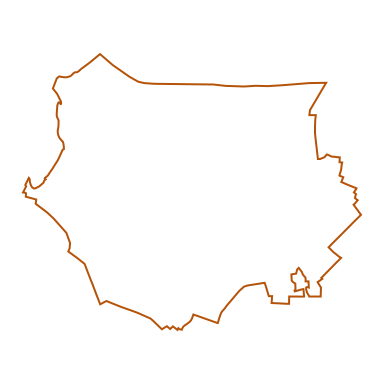 outline of Bac Tu Liem, Ha Noi, Vietnam
{"feature_id": "81297802B3906213091507", "entity_name": "Bac Tu Liem", "entity_type": "district", "adm_level": 2, "iso_a3": "VNM", "parent_name": "Vietnam", "parent_adm1": "Ha Noi", "projection": "mercator", "projection_center": [105.766, 21.071], "detail": "fine", "context": "isolated", "style": "outline", "palette": "amber", "viewbox_px": 384, "rotation_deg": 0, "n_neighbors": 0, "source": "geoboundaries", "source_scale": "gbopen_adm2", "svg_char_len": 3526}
<svg xmlns="http://www.w3.org/2000/svg" viewBox="0 0 384 384"><path d="M326.1,82.8L325.8,82.8L309.0,83.1L299.0,83.9L282.8,85.2L268.3,86.1L267.1,86.1L255.8,85.8L243.8,86.5L235.5,86.2L225.8,85.9L213.3,84.5L154.6,83.8L153.9,83.8L144.4,83.1L138.5,81.8L135.0,79.9L129.4,76.7L112.9,65.2L100.0,54.1L88.7,63.4L81.3,68.8L78.6,71.3L77.0,72.2L74.7,72.4L73.6,73.1L71.4,75.4L70.3,76.2L67.1,77.2L64.7,77.3L62.1,77.0L59.2,76.4L56.8,78.4L52.9,88.5L54.2,90.2L57.1,93.8L61.0,101.7L61.1,103.6L60.9,104.0L60.6,104.0L60.4,103.7L59.5,102.5L58.6,102.4L58.2,103.1L57.7,104.3L57.3,105.6L57.1,108.7L56.8,112.8L56.7,114.9L56.8,116.3L57.3,117.6L58.6,120.5L58.5,125.5L58.3,127.4L57.7,130.5L57.8,133.1L58.4,135.5L59.6,138.1L61.9,140.8L62.9,141.8L63.0,142.1L63.4,143.6L63.8,146.6L63.9,149.1L62.6,149.8L59.6,156.5L57.7,160.4L52.0,169.4L49.5,173.0L47.8,175.6L44.8,178.2L45.7,179.4L44.5,180.2L43.5,182.7L39.2,186.4L35.0,188.5L33.5,188.3L32.2,187.4L30.9,185.3L29.9,182.1L29.7,179.6L29.5,178.7L28.8,177.9L25.3,185.0L26.2,186.2L24.2,190.2L23.0,192.5L25.7,192.9L26.0,194.1L25.8,196.7L36.2,199.5L35.7,203.8L46.0,211.6L47.5,212.8L53.9,218.8L58.5,224.0L66.4,232.9L70.1,243.2L69.9,245.0L69.6,248.4L68.3,251.5L70.9,253.4L77.2,258.0L84.5,263.8L84.8,264.4L87.8,272.3L90.1,278.2L90.9,280.3L92.2,283.4L94.1,288.5L95.1,291.1L96.1,293.8L100.2,304.3L106.4,301.0L111.8,303.2L116.3,305.0L121.8,307.2L122.0,307.2L132.3,310.9L137.8,312.9L150.4,318.5L152.6,320.3L161.9,329.3L166.9,326.2L170.2,329.0L172.9,326.4L177.5,329.9L178.4,328.2L179.6,329.2L181.8,329.7L182.0,329.0L182.5,328.0L183.3,326.7L184.6,325.5L187.5,323.5L189.4,322.1L190.9,320.5L192.1,318.2L193.4,314.5L217.7,323.1L217.9,322.7L218.1,322.1L218.9,319.3L220.0,315.9L221.0,313.2L221.6,312.1L222.8,310.6L224.7,308.5L225.6,307.3L225.9,306.8L226.2,306.3L237.4,293.1L239.3,290.9L243.4,287.2L243.5,287.1L244.2,286.6L247.5,285.5L264.6,282.8L265.7,285.8L268.8,296.1L269.4,296.1L269.9,296.1L272.1,296.1L272.0,297.5L271.6,303.0L285.3,303.7L286.9,303.8L289.1,303.8L289.1,302.9L289.1,301.9L289.1,300.9L289.1,299.9L289.2,296.5L302.7,296.6L302.9,296.6L303.9,296.5L304.1,296.5L304.1,295.8L303.8,293.4L303.7,292.2L303.6,291.2L303.6,290.7L303.5,290.3L303.5,289.9L303.5,289.7L303.4,289.1L302.3,289.3L300.2,289.8L299.8,289.9L297.3,290.7L295.7,291.1L294.9,291.4L294.5,290.5L295.5,289.8L295.3,283.6L293.0,282.1L291.7,280.5L291.4,274.4L296.1,273.6L297.2,269.4L298.7,267.9L301.9,272.0L302.8,274.5L305.0,277.1L305.5,277.7L305.5,277.9L305.6,278.9L305.6,281.4L308.5,281.4L308.8,287.5L308.1,287.2L307.0,287.1L306.1,287.6L306.2,289.6L307.0,292.5L308.1,294.3L309.3,296.5L309.5,296.5L313.3,296.5L315.6,296.5L317.9,296.5L320.7,296.5L320.7,295.7L320.8,293.0L320.8,292.4L320.8,291.9L320.9,291.3L320.9,291.0L320.9,290.2L320.9,289.4L320.9,288.9L320.9,288.7L320.9,287.3L320.4,286.6L319.7,285.6L319.5,285.2L318.3,283.3L317.6,282.1L318.8,281.3L322.3,278.9L321.3,277.9L336.8,262.1L341.1,257.9L339.1,256.7L335.1,253.4L333.8,252.5L328.6,247.3L332.3,243.5L341.8,234.0L353.8,221.9L361.0,214.8L354.0,205.3L353.6,204.7L353.9,204.5L355.0,203.5L356.1,202.1L356.8,201.2L357.7,200.2L354.9,198.0L356.0,194.1L353.9,192.4L356.4,188.7L356.5,188.3L355.8,188.0L350.2,185.8L347.8,184.8L341.3,182.0L343.3,177.2L339.4,175.6L341.2,169.4L341.7,164.6L342.2,162.5L339.5,162.2L339.8,157.4L331.3,156.5L329.3,155.4L326.8,154.5L324.5,157.2L320.1,159.0L317.9,159.0L317.1,151.8L315.9,141.6L315.0,133.2L315.0,126.6L315.3,119.0L315.6,117.3L315.8,115.1L310.2,115.1L309.4,115.1L309.4,114.5L309.5,114.1L309.9,111.1L310.0,110.1L326.1,82.8Z" fill="none" stroke="#b45309" stroke-width="2"/></svg>